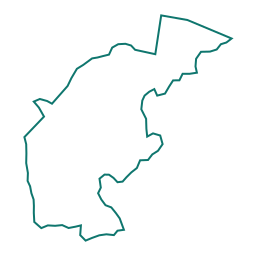 São José do Hortêncio, Rio Grande do Sul, Brazil (Equal Earth projection)
{"feature_id": "56859067B73471401384793", "entity_name": "São José do Hortêncio", "entity_type": "district", "adm_level": 2, "iso_a3": "BRA", "parent_name": "Brazil", "parent_adm1": "Rio Grande do Sul", "projection": "equal_earth", "projection_center": [-51.253, -29.536], "detail": "fine", "context": "isolated", "style": "outline", "palette": "teal", "viewbox_px": 256, "rotation_deg": 0, "n_neighbors": 0, "source": "geoboundaries", "source_scale": "gbopen_adm2", "svg_char_len": 1217}
<svg xmlns="http://www.w3.org/2000/svg" viewBox="0 0 256 256"><path d="M33.8,101.6L38.9,107.6L44.0,116.6L24.4,137.1L26.2,144.2L26.4,153.4L26.2,163.1L27.9,173.0L27.6,180.9L30.1,186.3L31.4,193.2L33.6,199.5L33.9,205.9L33.8,212.8L34.3,222.0L41.3,228.1L47.8,225.4L55.1,225.8L62.2,225.1L68.6,228.0L75.4,226.7L80.9,225.4L80.2,235.1L85.6,240.6L92.1,237.9L99.3,235.3L106.4,234.3L113.9,235.1L117.5,230.7L123.9,229.8L119.7,218.4L115.9,213.1L111.3,207.4L105.5,205.2L101.3,199.5L98.1,193.2L100.8,187.6L99.5,178.7L104.5,174.6L109.0,174.7L113.5,177.9L117.5,182.2L122.6,181.6L126.4,177.3L131.3,172.4L136.9,168.0L140.1,160.3L148.0,160.0L152.3,154.4L158.0,150.8L162.6,144.1L160.2,135.5L153.0,133.4L147.2,136.6L146.4,128.9L146.1,118.8L141.3,109.3L142.3,100.6L144.6,95.6L149.3,91.7L154.3,89.1L157.2,95.6L165.0,93.6L169.1,86.6L173.1,80.4L179.4,80.3L182.6,73.8L189.6,73.8L196.9,72.7L195.5,66.5L196.1,58.8L201.0,51.8L210.0,51.6L216.7,49.5L220.9,44.2L226.4,42.5L231.6,38.5L187.4,20.0L161.2,15.4L155.3,54.2L135.1,49.8L131.1,45.5L125.4,43.8L118.2,44.2L112.2,47.6L109.0,54.6L102.5,56.2L97.5,57.5L92.1,58.4L83.1,65.0L76.9,68.8L71.4,78.1L67.6,86.0L52.0,103.7L47.1,101.0L39.8,99.0L33.8,101.6Z" fill="none" stroke="#0f766e" stroke-width="2"/></svg>